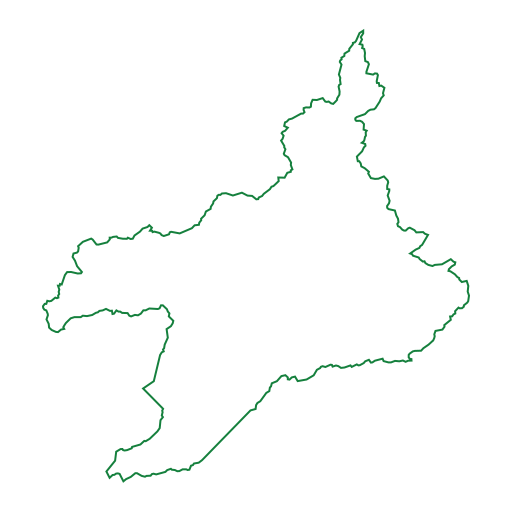 Tauá, Ceará, Brazil (orthographic projection)
{"feature_id": "56859067B63965613485254", "entity_name": "Tauá", "entity_type": "district", "adm_level": 2, "iso_a3": "BRA", "parent_name": "Brazil", "parent_adm1": "Ceará", "projection": "orthographic", "projection_center": [-40.274, -5.877], "detail": "fine", "context": "isolated", "style": "outline", "palette": "green", "viewbox_px": 512, "rotation_deg": 0, "n_neighbors": 0, "source": "geoboundaries", "source_scale": "gbopen_adm2", "svg_char_len": 6011}
<svg xmlns="http://www.w3.org/2000/svg" viewBox="0 0 512 512"><path d="M411.5,360.6L411.4,359.1L410.0,359.0L408.7,357.4L408.7,354.9L409.7,353.6L412.8,351.4L414.8,350.9L421.1,350.7L423.4,348.2L428.6,344.6L433.2,340.4L434.2,338.2L434.7,336.2L434.3,334.3L435.5,330.9L442.4,329.6L444.5,326.7L444.3,325.1L450.8,319.8L450.1,316.5L452.2,316.3L453.5,314.4L455.3,313.5L455.1,311.2L458.5,307.6L459.6,308.3L462.0,308.2L463.8,306.7L463.9,305.3L467.3,302.6L468.2,301.1L469.0,295.6L467.7,291.6L468.3,285.9L466.7,280.9L461.8,282.0L459.3,279.5L459.1,278.0L457.4,277.1L454.9,274.3L450.4,271.3L448.5,270.9L448.9,269.2L451.7,266.4L454.8,264.6L455.3,262.3L453.5,261.7L450.8,259.2L442.0,264.3L434.8,264.9L432.5,266.0L428.3,264.9L425.4,263.1L424.5,261.3L422.9,261.6L419.7,259.1L418.7,257.5L413.0,255.7L412.1,254.2L410.2,253.5L415.7,249.6L419.4,247.9L420.2,246.2L422.1,244.9L428.0,234.9L425.0,233.8L423.1,232.1L416.3,232.4L414.5,230.2L409.8,227.7L408.3,228.2L405.7,230.6L404.1,230.6L402.2,229.6L400.0,227.1L398.0,226.2L397.3,223.9L398.5,222.2L398.0,218.7L396.3,215.5L394.9,210.5L388.5,209.1L387.2,207.8L387.1,206.0L389.0,203.3L389.6,200.8L387.7,195.5L389.3,190.9L389.3,189.4L387.2,189.0L387.2,185.8L388.2,182.3L387.7,180.5L383.9,176.4L378.4,178.7L375.0,178.9L370.9,178.1L368.2,173.5L368.9,171.8L364.7,168.2L361.3,166.4L360.7,163.4L359.2,161.2L357.8,161.2L356.9,156.6L362.1,151.3L363.9,147.4L365.5,145.8L365.2,144.0L361.8,142.8L363.8,141.2L364.4,139.9L365.0,136.9L365.9,135.7L365.7,132.3L366.7,130.7L363.6,129.6L364.0,124.1L362.1,121.8L360.0,120.8L356.3,120.9L355.3,119.7L355.3,118.3L356.8,117.0L365.0,114.1L368.2,110.9L370.4,109.7L374.0,109.3L375.5,108.1L379.7,101.6L381.1,98.3L383.7,95.4L383.0,93.2L384.4,87.8L381.2,85.6L379.4,86.0L378.8,83.0L376.9,82.9L376.7,81.2L377.9,75.1L377.0,73.6L374.9,73.4L373.1,74.6L366.4,73.3L366.4,71.8L368.9,64.2L367.9,62.1L365.3,61.1L364.7,56.2L365.0,53.0L364.2,48.9L362.1,48.0L362.7,46.1L362.4,44.7L359.6,44.1L362.0,39.5L360.8,37.1L363.2,33.4L363.2,30.7L359.5,33.1L356.0,41.0L354.8,42.4L352.9,42.9L352.9,44.3L349.3,48.8L349.2,50.7L344.5,53.6L344.3,56.0L341.4,57.7L341.6,59.4L340.2,60.5L339.8,61.9L341.5,64.6L338.9,74.5L340.3,77.9L340.0,79.8L340.6,84.1L339.2,84.9L338.6,86.6L339.6,91.5L339.4,94.7L337.1,98.4L337.1,99.8L335.7,101.4L333.2,103.9L331.2,103.4L328.6,101.5L326.9,101.9L325.3,101.6L322.7,98.1L316.9,100.0L312.6,99.8L311.1,103.3L310.9,106.7L309.5,107.5L306.0,107.4L303.7,108.1L303.6,109.9L304.5,112.2L303.0,113.6L301.1,113.6L292.0,118.6L288.9,119.4L286.8,121.6L285.0,122.4L284.2,126.0L287.8,127.7L285.1,130.8L282.7,131.8L281.6,133.2L283.6,135.7L282.6,138.8L281.1,140.6L284.3,145.9L284.2,147.3L285.4,149.2L283.8,153.8L284.6,155.2L288.0,157.2L291.1,162.6L290.8,165.0L292.4,169.4L290.8,170.3L290.8,171.8L287.3,172.8L284.6,177.7L278.3,177.5L278.7,181.1L273.4,186.1L271.5,186.7L269.9,189.2L263.8,193.8L262.1,196.0L258.8,197.5L258.2,199.1L256.3,199.3L252.1,195.9L247.5,195.6L241.9,192.7L232.9,195.5L226.0,193.2L221.9,193.5L220.4,194.9L218.8,194.8L217.4,195.7L216.9,198.2L213.5,201.4L213.1,203.5L210.9,206.7L210.6,208.9L205.9,211.5L204.6,215.3L201.1,218.7L201.2,220.3L199.3,222.6L198.9,224.8L194.6,225.3L191.9,228.2L179.7,233.4L171.1,231.8L169.8,232.3L169.0,234.3L163.8,236.0L161.6,235.1L160.4,233.5L158.9,232.8L154.3,231.6L152.6,232.1L152.1,230.8L150.0,230.7L151.9,227.7L149.3,225.2L147.5,227.0L142.6,228.6L140.0,231.6L134.5,235.5L132.8,238.7L130.7,239.0L127.8,237.7L126.9,238.8L122.7,238.7L118.0,237.9L116.7,236.5L113.1,236.9L111.3,237.7L109.7,237.7L109.8,239.4L107.2,242.4L98.4,244.6L96.5,244.5L92.7,239.6L91.2,238.6L82.9,241.8L78.1,246.2L78.7,247.8L78.1,251.4L77.0,252.6L73.5,253.5L72.6,256.9L75.0,260.7L77.1,266.2L81.9,272.0L81.0,273.3L77.7,273.5L71.1,272.0L67.1,272.1L64.9,275.1L61.7,284.5L60.0,284.0L59.7,285.7L58.0,285.7L59.3,289.6L58.7,291.9L59.2,294.0L58.1,295.6L58.4,297.6L56.9,298.2L55.3,297.6L51.3,300.9L49.3,301.3L47.3,300.8L46.3,303.9L44.7,303.9L43.0,306.2L43.2,307.9L44.4,309.7L46.3,310.4L47.7,313.8L47.9,315.2L46.5,319.4L48.7,323.8L49.1,327.6L51.7,330.0L55.9,331.9L58.0,332.1L61.0,329.6L64.2,328.9L63.3,327.2L64.5,325.1L65.9,323.0L70.7,318.3L74.5,317.1L80.8,317.1L82.8,315.7L87.0,316.1L92.2,315.0L95.9,312.8L97.9,312.3L99.4,310.9L102.7,310.4L106.0,308.9L110.0,310.9L111.9,310.7L112.5,314.0L114.0,313.7L116.4,310.4L118.5,311.6L120.2,311.6L122.1,312.9L127.6,313.1L129.3,315.7L131.1,316.4L134.9,314.9L138.0,315.3L140.9,313.6L143.4,310.3L145.7,310.3L149.3,308.5L157.9,309.0L159.6,308.3L161.0,305.3L162.8,305.3L166.9,309.2L167.8,311.5L169.4,313.4L168.8,316.4L173.3,320.8L172.7,323.3L170.9,326.2L166.6,329.1L167.8,337.7L164.7,344.6L164.1,348.2L163.0,349.5L163.7,351.4L161.8,352.3L160.1,355.0L153.8,381.2L143.1,388.5L163.1,408.8L162.2,410.7L162.6,412.2L161.8,415.5L162.9,417.1L160.5,420.2L159.7,428.1L157.4,431.4L149.7,438.8L145.7,441.2L144.3,440.9L140.4,444.5L132.1,446.9L131.7,448.3L127.1,450.1L124.6,450.5L123.1,450.1L122.4,449.0L120.5,449.1L116.2,451.7L115.1,460.7L106.4,471.5L109.6,477.8L112.6,475.0L114.4,474.8L116.1,473.6L117.9,473.4L119.6,473.9L123.4,481.3L126.1,479.1L130.8,476.9L135.3,473.2L137.0,473.2L141.7,475.9L145.0,476.7L146.5,475.9L150.6,475.7L151.9,474.1L153.5,473.7L156.2,474.4L165.4,471.9L167.2,470.1L170.9,468.8L171.8,469.7L174.8,470.0L177.3,471.2L179.3,471.1L182.7,469.3L186.2,469.3L187.6,470.0L189.4,469.7L191.0,465.7L192.9,465.1L194.0,463.5L198.7,462.7L202.0,460.2L250.5,410.4L255.6,409.0L256.1,405.1L257.4,403.0L260.3,401.2L266.3,392.9L269.3,391.1L269.9,387.5L271.0,386.4L271.8,383.3L276.9,381.2L281.4,376.1L285.4,375.2L287.8,377.4L287.8,379.3L289.5,379.6L291.8,377.4L295.0,376.6L297.7,381.1L306.6,379.5L313.7,375.3L316.9,369.8L320.1,368.1L320.9,366.8L322.6,366.2L325.4,367.0L330.5,364.7L331.9,364.9L332.6,366.6L336.0,365.5L338.3,366.1L341.0,367.9L344.5,367.5L350.5,365.4L351.7,366.9L356.8,364.4L358.4,365.4L359.8,365.2L363.7,363.1L365.2,361.3L368.9,359.8L370.9,362.6L372.4,362.4L374.9,360.7L382.6,358.7L383.6,361.1L388.5,362.4L391.0,362.4L395.0,360.9L399.3,361.3L402.9,360.5L405.6,361.8L408.2,360.7L411.5,360.6Z" fill="none" stroke="#15803d" stroke-width="2"/></svg>